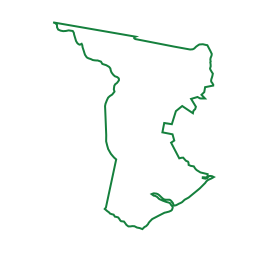 outline of Kinabatangan, Sabah, Malaysia, rotated 101°
{"feature_id": "92858781B11608738367966", "entity_name": "Kinabatangan", "entity_type": "district", "adm_level": 2, "iso_a3": "MYS", "parent_name": "Malaysia", "parent_adm1": "Sabah", "projection": "equal_earth", "projection_center": [118.123, 5.328], "detail": "fine", "context": "isolated", "style": "outline", "palette": "green", "viewbox_px": 256, "rotation_deg": 101, "n_neighbors": 0, "source": "geoboundaries", "source_scale": "gbopen_adm2", "svg_char_len": 2758}
<svg xmlns="http://www.w3.org/2000/svg" viewBox="0 0 256 256"><g transform="rotate(101 128 128)"><path d="M224.0,97.4L224.5,94.6L222.0,92.9L221.1,91.7L220.5,91.2L218.6,90.0L217.4,89.7L216.0,89.0L212.8,86.9L208.1,81.0L204.2,76.0L203.6,74.6L202.2,71.7L200.9,69.9L199.9,69.2L197.7,68.9L196.7,69.2L195.8,70.4L194.8,71.6L193.9,71.9L193.4,74.0L193.3,76.1L192.7,79.9L191.8,83.7L191.2,84.7L190.2,86.1L189.5,88.1L189.5,89.9L188.4,92.2L187.9,91.5L187.2,90.2L187.1,88.7L187.0,87.4L187.3,86.0L188.0,84.5L188.9,83.1L189.7,81.9L190.7,80.2L191.2,78.9L191.2,77.1L190.8,75.1L190.5,73.4L191.1,72.0L192.1,70.7L193.0,69.7L194.7,68.7L195.3,67.7L194.7,66.2L193.8,65.0L192.6,63.6L191.6,62.1L190.4,60.7L189.4,60.0L187.6,58.7L184.7,55.2L173.7,46.1L167.2,41.7L165.4,40.9L163.8,39.6L162.8,38.2L161.6,36.5L159.8,34.4L159.3,36.2L159.3,37.7L159.6,39.0L160.9,40.1L161.9,40.6L162.9,42.1L163.0,43.5L162.9,45.1L162.1,45.2L161.9,44.2L161.8,42.9L161.5,41.7L160.8,41.0L159.9,40.7L158.1,41.0L157.8,48.4L156.2,52.6L155.1,54.2L153.1,56.1L153.2,59.1L152.7,61.4L150.3,62.1L149.6,62.7L149.1,64.9L147.6,66.9L146.6,68.1L146.9,69.5L148.0,71.9L134.2,82.9L131.5,80.2L125.7,83.1L125.7,93.4L116.2,93.4L115.9,85.7L102.3,84.2L96.1,79.0L101.1,67.1L99.0,67.1L97.7,66.5L96.8,65.7L94.2,65.4L87.4,71.6L84.3,65.7L85.2,62.9L84.9,61.1L84.3,58.1L81.4,62.2L78.2,60.0L73.2,60.1L69.8,51.7L69.8,51.8L69.6,52.3L68.9,52.9L67.8,53.8L66.7,55.1L65.9,55.4L64.9,55.5L64.1,55.5L63.5,55.4L61.9,55.2L60.6,55.1L59.8,55.1L58.4,55.1L57.1,56.4L55.5,57.8L54.8,58.4L53.9,58.8L52.7,58.7L51.6,58.6L49.6,59.1L47.7,59.8L47.1,59.5L45.3,60.2L43.6,60.3L41.0,59.8L39.3,59.9L36.6,61.9L31.6,65.9L31.6,67.6L31.5,70.5L32.4,73.9L33.6,75.2L35.2,76.7L37.3,78.1L38.4,79.5L39.1,82.0L39.3,97.9L39.3,137.8L38.8,139.0L37.7,139.2L36.9,138.0L38.6,221.6L39.0,219.2L40.2,217.5L42.8,216.8L44.7,215.3L45.3,212.7L45.3,210.1L44.6,207.5L43.5,204.9L43.3,200.8L44.8,199.4L46.6,198.7L52.5,195.6L54.3,194.0L55.2,192.5L55.4,191.1L54.2,189.6L55.4,188.7L57.4,188.0L60.8,186.1L62.5,185.2L64.3,184.2L66.5,182.0L67.1,180.3L67.4,177.8L68.0,175.5L67.9,173.0L67.5,170.7L68.0,167.2L70.0,165.4L70.5,161.3L71.6,158.2L72.9,156.7L74.8,155.9L76.6,154.8L78.5,152.7L79.7,150.8L80.1,148.2L81.1,146.5L82.7,146.0L84.1,146.5L86.0,147.5L87.5,148.9L89.2,149.5L92.7,149.3L94.9,148.2L98.2,149.9L100.1,151.9L102.0,153.3L104.7,154.0L108.5,154.7L110.9,154.7L114.2,153.9L122.2,152.0L139.2,148.0L145.3,146.9L149.6,144.9L152.5,143.4L156.6,139.9L158.3,137.8L159.7,136.0L161.1,133.6L210.3,134.5L211.9,135.4L213.6,132.4L214.4,130.6L215.4,129.3L215.7,127.5L215.8,125.6L217.5,124.0L217.5,122.1L217.7,120.5L219.1,119.0L220.2,118.0L220.8,117.0L220.6,114.1L222.2,112.3L223.4,111.1L224.5,108.9L224.1,106.7L223.5,105.1L223.2,102.9L224.0,100.2L224.0,97.4Z" fill="none" stroke="#15803d" stroke-width="2"/></g></svg>